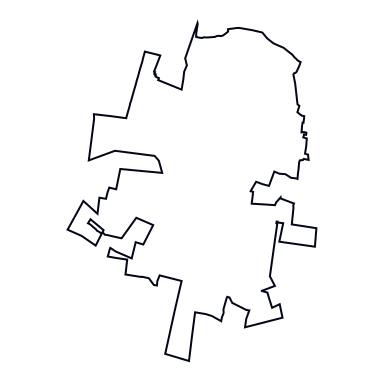 Cuzamá, Yucatán, Mexico
{"feature_id": "50627088B68514471367949", "entity_name": "Cuzamá", "entity_type": "district", "adm_level": 2, "iso_a3": "MEX", "parent_name": "Mexico", "parent_adm1": "Yucatán", "projection": "robinson", "projection_center": [-89.348, 20.713], "detail": "fine", "context": "isolated", "style": "outline", "palette": "ink", "viewbox_px": 384, "rotation_deg": 0, "n_neighbors": 0, "source": "geoboundaries", "source_scale": "gbopen_adm2", "svg_char_len": 3143}
<svg xmlns="http://www.w3.org/2000/svg" viewBox="0 0 384 384"><path d="M144.9,51.6L143.0,58.5L142.7,59.6L142.6,60.4L141.7,63.6L141.2,65.1L140.3,68.1L140.1,68.9L140.0,69.1L139.9,69.4L139.5,70.9L138.5,74.7L137.8,77.2L136.7,80.7L136.5,81.6L136.2,82.8L135.3,86.1L134.5,88.7L131.7,98.6L131.1,100.8L130.2,103.3L129.6,106.1L128.8,109.0L128.3,110.6L127.2,114.5L126.6,116.7L126.4,117.2L126.3,118.1L126.2,118.2L112.0,116.3L96.7,114.5L95.4,114.4L93.9,114.2L94.1,119.0L88.8,160.4L110.3,152.5L115.0,150.8L154.6,155.9L157.4,159.0L158.9,160.9L162.2,172.9L153.6,172.1L120.3,169.0L116.2,189.3L109.3,187.6L107.6,192.2L106.0,198.8L99.4,197.7L97.5,213.8L83.4,201.0L76.6,213.4L67.6,229.7L81.6,235.9L95.7,245.6L100.1,236.9L101.7,233.7L99.0,231.8L98.3,231.4L97.1,230.8L95.8,229.2L89.9,224.2L88.0,223.3L90.5,219.3L100.5,227.6L103.6,230.2L102.5,232.1L104.8,234.7L107.1,235.0L112.1,236.2L121.6,238.3L136.3,217.8L153.2,225.1L143.3,244.5L135.7,242.2L131.7,258.4L115.9,251.6L110.3,247.9L109.6,249.7L109.6,249.8L107.8,256.5L114.4,257.7L127.2,259.6L125.5,274.5L141.3,277.0L141.8,276.7L148.8,278.2L153.9,285.0L156.9,285.5L157.4,280.9L159.7,275.4L181.6,281.0L175.0,309.4L170.2,331.2L170.2,331.3L165.2,353.9L189.0,361.0L191.8,337.7L195.1,312.3L205.8,314.1L211.9,316.0L221.2,321.2L221.8,317.8L223.6,313.1L223.5,309.2L226.5,298.6L226.6,298.2L227.3,296.8L229.5,297.5L232.3,303.0L234.1,303.8L246.2,309.9L249.3,310.4L246.3,318.7L245.0,327.3L282.5,317.7L279.7,304.2L272.1,307.8L268.8,297.4L267.4,292.6L264.2,291.6L262.0,291.1L261.9,290.8L274.9,285.9L269.9,276.3L275.4,236.8L277.3,223.5L276.4,223.3L276.6,221.6L277.5,221.6L277.6,222.5L283.2,223.2L279.3,241.7L314.9,246.7L316.4,228.2L291.8,224.4L293.5,207.5L293.2,205.7L294.0,203.5L280.7,198.5L280.6,197.4L276.1,202.5L275.0,205.2L267.1,204.6L251.7,203.7L252.0,200.6L252.2,200.2L253.1,191.9L252.0,191.6L250.9,191.4L250.6,191.2L251.2,190.2L256.1,181.8L256.3,181.8L262.3,184.1L269.0,185.9L274.3,171.6L278.7,173.4L279.5,173.7L285.4,174.2L287.0,175.2L291.1,177.8L295.9,178.4L296.9,178.6L297.5,178.9L298.0,172.9L298.5,169.6L298.8,166.3L299.1,162.5L299.8,160.4L303.0,160.0L303.7,158.9L308.6,159.9L308.0,154.6L305.0,153.7L306.2,146.5L306.8,138.5L303.3,137.4L304.0,134.5L306.1,134.8L306.4,132.7L304.3,132.1L301.8,132.3L301.5,132.3L301.9,128.1L301.9,127.9L302.1,125.5L302.6,122.6L303.5,122.7L304.1,117.9L304.2,116.1L301.6,115.6L297.4,112.2L299.4,105.9L297.5,104.3L295.2,83.7L293.4,74.6L294.2,73.2L295.5,72.9L296.6,71.8L297.7,69.3L298.8,67.0L299.8,64.5L300.6,62.1L297.9,60.6L294.3,57.1L292.0,54.3L291.4,54.0L283.6,47.8L273.5,43.4L267.3,38.5L262.3,32.5L252.0,30.1L239.7,28.0L237.8,27.9L229.3,29.0L228.0,29.2L228.1,31.6L223.2,35.4L221.1,36.1L218.8,35.8L216.6,36.1L215.0,36.9L212.5,37.1L206.9,37.5L203.7,37.3L202.2,38.0L199.4,37.7L196.1,36.9L196.3,32.9L197.7,23.9L197.5,23.0L185.2,58.3L186.9,65.4L184.2,71.6L183.3,79.6L181.6,89.6L158.2,80.1L158.5,79.4L158.7,78.9L158.8,78.5L158.9,78.1L157.2,77.4L156.2,76.9L155.7,76.7L155.5,76.4L155.8,75.4L155.6,75.3L155.3,75.2L155.6,74.3L154.6,74.0L154.3,73.9L154.5,73.4L154.7,72.8L155.0,72.1L154.0,71.7L155.0,69.3L160.3,55.5L156.2,54.4L150.0,52.9L144.9,51.6Z" fill="none" stroke="#020617" stroke-width="2"/></svg>